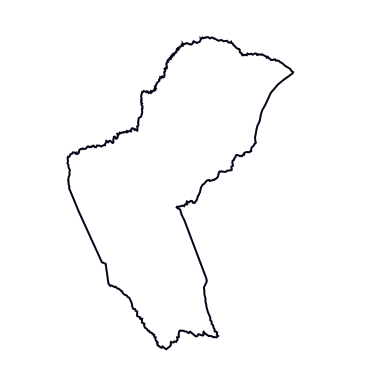 Isiolo South, Eastern, Kenya, rotated 350°
{"feature_id": "3690345B50246984625368", "entity_name": "Isiolo South", "entity_type": "district", "adm_level": 2, "iso_a3": "KEN", "parent_name": "Kenya", "parent_adm1": "Eastern", "projection": "equal_earth", "projection_center": [38.678, 0.562], "detail": "fine", "context": "isolated", "style": "outline", "palette": "ink", "viewbox_px": 384, "rotation_deg": 350, "n_neighbors": 0, "source": "geoboundaries", "source_scale": "gbopen_adm2", "svg_char_len": 5932}
<svg xmlns="http://www.w3.org/2000/svg" viewBox="0 0 384 384"><g transform="rotate(350 192 192)"><path d="M191.1,279.7L179.6,218.6L177.8,212.5L177.3,207.6L176.6,206.4L175.4,206.0L174.2,204.5L174.7,203.9L177.5,204.2L180.1,203.7L181.9,204.6L182.7,203.1L185.1,203.3L184.7,201.4L185.3,200.4L187.3,201.7L188.7,200.7L189.9,200.6L190.5,200.9L190.9,202.6L192.6,203.3L192.9,202.4L194.3,201.8L195.7,200.1L197.1,196.9L198.3,196.1L198.7,194.9L199.8,193.7L201.2,189.9L202.8,187.6L204.0,186.5L205.2,186.2L208.4,183.4L210.7,183.0L211.4,184.3L212.8,183.9L214.3,184.1L215.1,183.6L216.1,183.9L217.0,183.2L217.6,183.3L220.1,181.6L221.9,177.4L222.7,176.6L223.7,177.1L224.6,176.7L226.3,177.5L228.9,178.0L230.5,177.1L234.7,177.4L235.1,176.7L235.0,175.0L235.3,173.7L236.5,173.6L237.0,172.7L236.7,170.5L237.5,168.2L238.9,167.7L239.4,166.3L240.9,165.2L241.4,163.8L242.1,163.3L244.3,164.0L245.3,165.0L246.4,164.9L247.4,165.4L248.5,164.3L249.6,164.6L249.9,164.3L249.8,163.2L250.5,162.5L252.6,162.1L255.6,162.8L256.1,162.2L257.4,162.1L257.6,160.5L258.3,158.7L261.1,156.8L261.7,155.7L263.0,155.1L263.5,154.1L263.1,153.7L263.6,149.1L266.7,140.8L268.0,138.1L271.0,133.8L273.6,126.9L275.8,123.1L279.0,119.3L286.9,108.0L295.1,101.2L301.0,97.8L311.6,92.7L312.4,91.5L311.1,90.3L310.0,87.7L305.8,84.1L303.3,80.9L301.1,79.1L300.4,78.0L299.2,77.7L298.6,77.1L297.4,77.2L297.0,76.1L296.4,76.1L296.0,75.6L294.3,76.0L292.6,75.6L291.9,74.3L291.1,73.8L290.1,72.0L289.1,72.8L288.3,71.3L284.7,68.5L284.1,68.9L281.8,68.1L280.8,68.4L280.6,67.8L279.9,68.0L279.9,67.4L278.3,66.5L275.5,67.3L274.4,66.1L272.5,66.3L271.3,65.8L270.6,66.2L270.4,65.6L269.4,66.8L268.3,66.1L266.4,66.3L265.6,65.0L265.1,65.5L264.5,63.6L263.7,63.1L263.8,62.5L263.3,61.9L263.8,60.4L263.2,59.3L262.2,59.1L260.6,57.7L259.1,55.1L258.5,54.8L257.7,52.6L256.5,52.0L256.5,50.9L255.6,51.4L253.8,51.1L252.8,49.2L249.2,49.0L247.4,47.4L244.3,47.6L241.1,44.9L240.1,44.7L239.8,43.9L237.7,43.3L236.4,43.9L234.7,42.3L232.8,42.0L232.1,42.5L231.1,42.2L230.2,42.6L229.0,41.7L227.6,43.0L227.2,42.5L227.2,43.3L225.7,45.3L222.8,46.1L221.8,45.1L221.2,45.2L220.0,43.9L220.1,43.2L218.3,45.9L217.2,46.6L215.9,46.5L215.7,45.9L213.2,45.0L212.8,44.4L209.0,45.3L208.6,44.3L208.3,46.1L207.4,45.4L207.1,46.5L205.5,46.8L203.7,49.0L203.4,47.7L202.2,48.4L202.4,49.3L201.7,49.2L201.0,51.4L200.4,51.2L199.6,52.5L198.2,52.4L198.0,53.5L197.2,53.1L197.1,54.2L196.3,54.1L196.1,54.8L195.7,54.4L195.5,55.1L194.8,55.0L194.7,56.4L194.1,57.3L193.7,57.2L193.5,56.2L192.6,56.9L192.4,57.9L191.1,57.8L190.7,58.7L191.0,59.7L189.9,59.8L189.3,61.3L188.9,61.4L189.0,65.0L188.7,65.8L188.2,66.0L187.4,65.2L186.3,66.0L186.8,67.8L186.3,68.8L185.4,69.1L185.4,72.0L184.7,73.0L184.7,73.7L183.6,74.1L183.0,73.0L182.4,73.1L182.3,73.6L181.7,73.4L181.2,74.3L180.6,73.7L180.4,74.5L179.2,75.4L179.2,76.7L176.1,78.7L175.8,79.8L174.6,80.7L174.6,81.7L173.9,82.1L174.5,84.0L174.2,84.2L173.6,83.4L173.5,85.0L172.7,84.5L172.2,85.7L170.3,85.6L170.2,86.4L169.6,86.8L169.0,85.9L168.4,87.1L167.8,86.4L166.6,86.9L165.9,85.5L165.1,85.9L164.9,85.0L163.2,85.1L162.0,84.1L161.2,85.0L160.3,84.8L158.5,88.9L158.6,91.3L157.8,92.4L158.3,93.4L157.4,94.6L158.2,96.1L157.5,96.5L157.4,97.2L158.2,99.2L157.6,100.0L157.8,101.3L157.0,101.8L156.9,104.8L154.9,109.0L152.9,109.7L152.1,110.5L151.7,112.5L151.0,113.7L151.0,116.1L150.5,117.3L149.3,118.0L149.5,119.3L148.8,122.0L148.1,121.7L147.0,120.4L146.2,120.8L145.8,119.7L144.3,118.8L142.4,120.4L142.8,121.3L142.3,121.8L141.1,121.1L140.1,121.4L138.8,120.6L138.5,121.8L138.1,122.0L137.2,121.2L136.1,121.0L134.9,121.7L133.6,121.1L132.1,121.8L131.1,121.0L129.9,122.5L129.3,121.9L128.5,121.8L128.7,123.5L128.5,124.8L127.8,125.9L126.8,126.4L126.5,126.4L126.2,125.0L125.5,124.0L124.6,124.1L123.6,126.9L123.2,129.4L122.7,129.9L122.2,129.9L120.6,127.7L119.6,127.2L118.0,128.5L116.5,126.8L115.7,128.6L114.6,129.8L114.4,130.8L113.1,130.6L110.4,131.4L108.7,130.1L107.6,130.1L106.8,129.7L106.3,129.8L105.3,131.2L103.9,130.8L103.0,129.2L101.6,129.5L100.9,130.2L100.2,129.9L99.7,130.2L98.4,129.9L98.1,129.2L97.3,129.0L94.6,131.0L93.6,131.0L91.7,130.1L91.0,130.7L89.9,130.3L88.5,130.9L87.0,134.2L85.4,134.7L84.9,134.4L85.0,133.3L84.0,133.7L83.7,132.9L81.4,132.3L81.0,133.2L78.9,133.8L77.2,136.0L76.2,135.7L75.6,136.3L75.2,138.1L75.4,139.1L74.4,142.2L75.0,143.5L74.7,145.9L75.5,149.4L74.7,151.4L74.4,153.9L72.9,156.3L72.3,159.1L72.0,159.2L72.2,160.4L71.8,163.2L72.2,165.3L71.6,166.7L77.1,191.6L90.9,244.9L91.2,245.6L94.5,247.7L93.8,267.8L95.1,270.1L95.4,269.7L97.3,270.6L99.3,272.2L100.3,272.1L102.0,274.4L103.1,274.5L105.2,277.3L106.0,277.7L106.1,279.0L106.8,280.3L107.6,281.3L109.2,282.1L110.0,283.1L110.2,284.1L111.9,285.3L113.4,291.4L113.3,294.6L113.7,296.5L114.0,297.0L115.6,297.4L115.9,299.3L117.1,299.9L117.3,300.5L116.4,303.9L116.6,304.8L119.3,306.6L119.5,307.0L118.9,307.7L119.1,308.1L120.9,308.3L120.3,309.6L120.5,310.4L120.0,311.9L122.3,313.5L121.6,315.1L122.1,317.5L123.8,319.0L124.5,320.9L125.7,321.3L126.1,323.0L127.0,323.1L128.7,324.5L128.5,325.4L130.0,326.1L129.6,327.2L129.9,328.4L130.8,328.8L130.4,329.1L130.7,332.3L131.5,333.2L131.4,334.2L132.0,334.3L131.3,335.6L131.7,336.1L131.5,337.1L133.1,338.2L133.1,338.6L134.2,339.7L135.3,340.1L136.1,339.0L138.8,342.0L139.5,342.3L143.9,339.9L144.6,338.9L144.9,336.6L145.4,335.9L146.9,336.9L147.9,336.9L148.7,336.1L150.5,336.8L151.3,335.6L152.2,335.0L152.1,332.5L153.8,332.6L154.1,330.1L155.1,327.2L156.1,326.3L157.1,326.9L158.7,326.8L160.5,328.0L161.9,328.3L163.9,330.2L164.7,330.2L165.5,329.2L165.9,329.2L170.8,335.0L172.4,334.7L173.6,333.1L177.2,335.1L178.3,335.1L178.7,334.4L178.7,332.4L179.2,331.7L180.6,333.9L183.5,336.7L186.2,337.3L187.7,338.7L188.8,338.6L189.9,339.2L191.2,339.3L192.7,338.3L191.6,337.0L192.4,334.7L191.3,333.6L190.1,333.2L190.4,331.1L189.7,329.4L189.6,326.8L188.5,325.4L188.8,323.0L187.8,321.4L188.2,318.9L186.8,313.0L186.3,307.1L186.5,305.3L186.2,302.4L186.8,299.4L186.4,294.6L186.8,293.2L187.2,288.0L191.1,282.6L191.1,279.7Z" fill="none" stroke="#020617" stroke-width="2"/></g></svg>